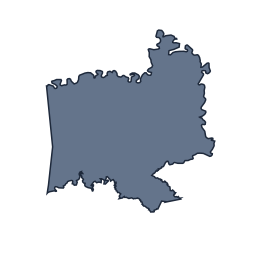 Sayaxché, Petén, Guatemala (Natural Earth projection), rotated 76°
{"feature_id": "79465075B52336301108850", "entity_name": "Sayaxché", "entity_type": "district", "adm_level": 2, "iso_a3": "GTM", "parent_name": "Guatemala", "parent_adm1": "Petén", "projection": "natural_earth1", "projection_center": [-90.182, 16.297], "detail": "fine", "context": "isolated", "style": "filled", "palette": "slate", "viewbox_px": 256, "rotation_deg": 76, "n_neighbors": 0, "source": "geoboundaries", "source_scale": "gbopen_adm2", "svg_char_len": 5762}
<svg xmlns="http://www.w3.org/2000/svg" viewBox="0 0 256 256"><g transform="rotate(76 128 128)"><path d="M128.1,205.7L164.2,219.0L171.8,222.2L171.2,221.3L170.9,219.3L171.1,214.8L172.0,213.4L172.0,212.8L171.5,212.7L169.8,213.7L168.7,213.8L167.8,213.4L167.4,212.5L167.9,211.2L169.3,209.6L170.6,205.3L170.0,204.6L168.6,204.7L168.2,202.9L167.0,201.8L166.6,200.5L165.4,199.6L165.1,197.8L165.2,195.6L165.7,194.6L166.6,194.5L168.6,195.6L169.3,194.4L170.5,194.0L170.8,191.9L168.4,190.4L166.5,190.7L166.1,188.5L165.7,187.9L163.6,186.3L161.3,186.6L160.3,186.3L159.1,185.1L159.0,183.7L159.9,184.2L160.6,183.1L161.3,182.9L160.8,185.1L161.3,185.8L163.5,184.5L164.9,184.9L166.9,183.7L167.4,183.8L168.0,184.8L169.3,185.0L170.8,184.1L171.3,183.0L172.8,183.8L174.3,183.5L176.2,181.2L177.6,178.2L180.5,177.8L180.5,177.3L179.3,176.5L176.9,176.8L175.9,175.6L174.9,175.3L174.2,175.9L174.4,176.6L175.3,177.0L175.2,177.5L174.7,177.7L172.0,174.3L171.7,172.8L173.5,171.7L173.4,169.3L174.5,167.3L172.0,166.5L170.6,167.2L170.8,166.0L172.5,164.0L173.8,163.7L176.4,164.9L176.9,163.5L174.6,159.8L173.8,160.0L173.6,162.3L172.9,162.5L171.3,161.2L170.2,160.9L170.2,159.8L173.6,157.9L175.3,157.7L174.5,155.4L174.5,154.8L176.5,154.1L178.1,154.3L178.2,153.8L177.7,153.3L177.8,152.7L179.0,153.1L179.2,153.9L180.3,155.3L180.6,155.2L180.3,154.7L180.6,153.8L181.8,153.9L182.4,155.3L183.6,154.6L184.0,155.3L185.2,154.5L186.1,154.6L186.4,153.9L188.1,153.7L188.3,152.5L190.2,151.0L191.4,152.5L192.1,153.0L193.2,152.6L194.4,153.8L194.5,150.1L193.9,149.5L193.6,148.3L194.2,148.4L194.6,147.9L194.8,146.5L196.6,144.2L196.6,141.4L198.1,139.8L197.9,139.1L198.3,137.9L198.3,135.5L198.7,135.4L199.3,134.3L200.6,133.6L201.1,133.8L201.3,133.2L202.7,133.4L203.2,132.4L205.0,132.3L205.3,132.8L206.0,132.1L206.4,132.3L207.5,131.7L207.9,130.5L210.2,128.8L211.2,127.3L212.2,127.7L212.2,127.3L215.1,126.2L215.2,124.6L215.6,124.1L215.5,122.8L214.2,122.6L213.8,120.0L213.4,119.7L213.8,118.6L207.1,113.1L208.6,109.1L209.0,109.6L209.7,94.6L209.3,95.0L208.8,93.7L208.6,95.1L206.7,95.8L207.1,96.8L206.3,97.5L206.2,99.0L204.6,100.0L203.4,99.5L203.1,98.8L203.4,98.6L202.3,97.4L201.7,98.6L200.7,98.6L199.0,99.7L199.5,100.6L198.9,102.1L195.3,101.6L194.1,102.9L192.8,103.7L192.3,103.7L192.2,103.0L190.6,103.5L189.7,104.9L189.0,104.6L188.4,105.4L189.0,106.3L188.7,107.5L187.4,107.8L186.9,108.6L186.2,108.0L185.7,109.0L185.1,109.3L185.0,110.3L183.6,111.3L183.4,113.0L182.5,113.9L181.7,114.0L179.8,116.4L178.5,114.5L178.4,113.7L178.1,113.6L178.0,112.8L176.5,111.3L176.9,110.2L175.9,109.9L176.4,108.8L175.8,108.2L175.0,108.3L175.5,107.1L175.0,106.4L174.9,105.2L174.0,104.8L174.1,103.6L173.7,102.7L170.5,99.9L169.7,98.1L170.1,97.2L173.2,96.9L173.8,96.3L173.8,93.4L172.8,92.0L172.7,91.2L174.3,88.2L175.5,83.6L175.3,82.5L173.4,80.6L174.1,77.6L173.6,75.0L173.8,72.8L173.2,72.1L171.3,72.3L170.5,71.8L170.1,69.1L169.3,66.9L169.8,64.3L170.9,61.0L175.3,55.5L175.3,54.2L174.4,52.8L173.3,52.4L172.3,53.8L171.2,53.9L169.1,51.3L166.6,49.1L165.6,48.6L163.9,48.4L161.7,47.0L160.1,50.0L159.3,49.8L159.2,48.2L158.4,48.3L158.0,49.1L157.7,52.8L156.6,53.9L155.2,54.7L149.7,54.3L145.4,56.1L143.3,56.1L142.7,55.5L142.5,54.7L143.2,53.1L143.1,52.2L141.1,51.4L139.4,52.1L138.0,53.4L136.3,53.8L135.4,55.4L134.8,55.9L134.5,53.2L133.8,51.3L132.9,49.7L131.5,48.6L130.4,48.6L128.1,51.9L126.8,52.4L125.5,51.9L121.8,47.5L119.5,45.8L118.3,45.7L116.8,46.7L115.6,47.0L112.9,45.5L110.0,45.0L107.1,43.6L105.2,43.5L104.2,44.0L103.2,45.7L103.0,46.7L103.5,48.0L103.3,48.5L102.9,49.1L102.1,49.2L94.7,41.9L93.7,41.7L91.7,43.1L90.6,42.5L90.4,41.2L91.1,39.2L91.8,38.9L93.3,39.2L94.5,37.9L94.4,36.6L93.5,35.0L92.6,34.3L89.0,34.7L84.9,33.8L84.3,34.4L84.3,35.7L86.9,41.0L86.7,42.6L83.6,41.4L81.0,42.0L80.0,41.6L76.9,41.5L74.5,42.1L73.7,43.0L73.5,45.6L72.8,46.8L70.9,47.8L69.9,47.6L68.5,46.6L67.5,46.5L61.9,50.3L61.7,51.1L62.2,52.4L64.4,53.3L65.3,53.1L66.2,51.6L67.1,51.4L67.9,51.9L68.1,53.0L67.1,55.2L66.1,59.5L65.5,63.6L65.7,66.2L67.3,69.0L66.6,70.8L63.2,69.7L62.9,69.2L62.8,64.5L61.9,58.8L58.6,57.6L56.9,60.7L56.5,62.9L55.8,63.9L55.0,63.7L53.7,62.3L53.1,61.2L53.5,59.2L52.9,59.2L52.3,60.8L50.2,61.2L48.2,63.8L47.6,69.0L48.1,70.9L48.0,71.9L47.4,71.9L46.3,70.9L44.8,70.4L43.3,70.8L41.5,71.7L40.4,74.5L40.9,76.0L45.8,78.7L46.9,78.3L47.8,76.0L49.6,75.1L51.5,75.3L52.6,76.2L53.2,77.1L53.7,79.4L54.4,80.0L55.3,79.8L57.0,78.1L58.4,78.3L58.7,79.7L58.3,84.0L56.4,87.7L56.4,89.0L56.8,89.4L59.9,89.1L63.9,90.2L67.2,89.3L70.0,89.6L73.3,89.0L74.8,90.1L75.7,93.7L76.8,95.1L77.5,95.1L78.6,94.2L79.8,91.8L81.5,92.5L82.3,93.3L81.8,95.0L81.0,96.1L78.8,97.1L78.5,98.5L80.0,101.1L82.5,103.4L84.0,104.2L85.8,104.3L86.8,105.6L86.7,107.5L85.8,108.7L85.3,108.9L84.0,108.5L82.6,105.4L80.5,104.5L78.9,105.2L76.3,108.1L75.7,110.6L76.3,112.9L76.9,113.1L77.2,112.8L77.1,109.8L77.7,109.0L78.4,108.9L78.8,109.5L79.4,112.3L83.4,113.7L83.9,114.6L83.8,115.6L83.3,116.3L82.4,116.7L80.4,115.4L79.2,115.6L78.0,117.6L76.0,119.3L75.9,120.4L76.7,121.8L76.8,122.7L75.8,125.0L74.4,125.8L72.3,125.5L69.9,126.3L68.9,127.6L69.0,128.7L70.3,129.9L68.6,131.8L68.6,133.9L69.2,134.6L70.4,135.2L71.9,135.3L72.0,136.9L72.9,138.3L73.1,139.7L72.4,141.0L71.4,141.4L70.5,141.1L68.4,139.4L67.0,139.2L65.6,141.0L64.7,143.9L65.0,145.0L65.5,145.4L66.6,145.4L68.5,144.1L68.9,144.4L69.4,146.4L71.4,148.1L71.0,148.9L69.4,148.5L68.3,148.7L65.4,150.9L64.5,153.5L64.3,156.5L65.1,162.3L66.2,163.3L69.2,164.3L71.4,166.0L71.9,167.0L72.2,169.6L68.9,171.7L66.7,172.0L65.8,173.1L65.8,174.7L66.4,175.5L69.9,176.2L71.0,176.7L71.3,177.9L70.8,179.3L70.9,182.2L70.1,183.3L69.0,183.3L65.9,181.1L64.8,181.3L63.7,185.5L64.2,188.5L64.1,190.4L64.7,190.9L66.2,190.7L67.9,188.3L69.8,186.9L71.0,186.7L72.1,187.7L72.1,189.1L71.4,189.8L69.3,190.4L66.9,194.0L66.7,194.9L67.7,196.0L67.5,196.9L128.1,205.7Z" fill="#64748b" stroke="#1e293b" stroke-width="1.5"/></g></svg>